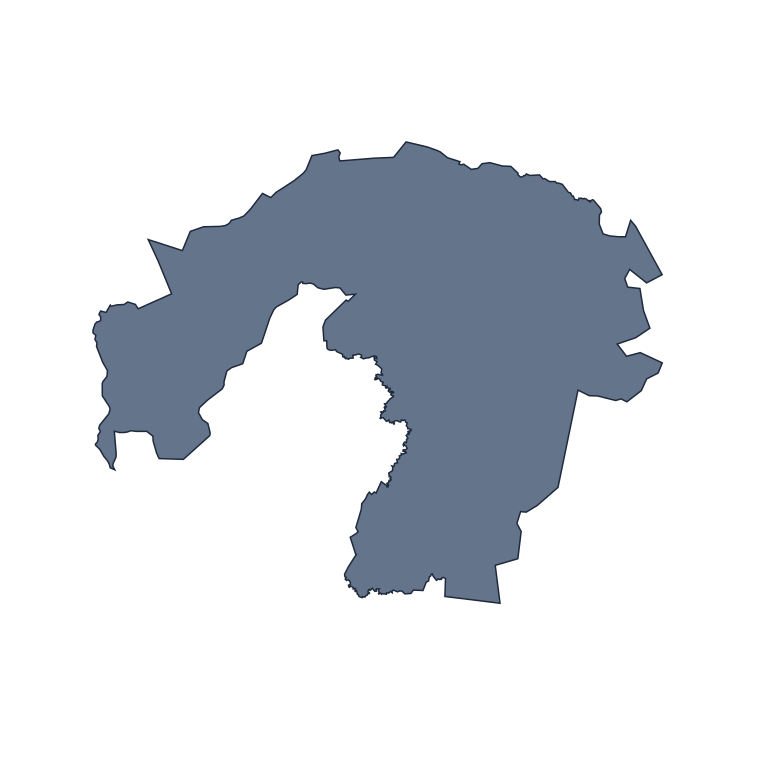 outline of Naukšēnu pag., Nauksenu, Latvia, rotated 78°
{"feature_id": "27541924B92408320132351", "entity_name": "Naukšēnu pag.", "entity_type": "district", "adm_level": 2, "iso_a3": "LVA", "parent_name": "Latvia", "parent_adm1": "Nauksenu", "projection": "mercator", "projection_center": [25.545, 57.88], "detail": "fine", "context": "isolated", "style": "filled", "palette": "slate", "viewbox_px": 768, "rotation_deg": 78, "n_neighbors": 0, "source": "geoboundaries", "source_scale": "gbopen_adm2", "svg_char_len": 6169}
<svg xmlns="http://www.w3.org/2000/svg" viewBox="0 0 768 768"><g transform="rotate(78 384 384)"><path d="M622.6,316.1L584.5,312.9L582.7,289.4L556.8,280.5L548.0,283.0L537.2,276.9L538.9,271.5L534.7,259.4L521.3,235.3L430.3,195.5L438.1,185.7L440.1,177.6L448.3,160.8L447.9,155.2L451.9,150.1L444.0,133.7L433.6,126.0L430.3,113.6L421.2,107.4L406.6,126.8L407.3,141.0L393.4,147.6L391.1,128.3L384.7,112.3L366.0,114.9L343.8,113.8L339.9,125.5L330.9,126.6L323.0,119.9L339.7,106.1L334.9,89.2L282.0,105.1L275.2,108.7L290.2,117.2L288.7,124.1L286.1,132.4L282.7,138.5L272.3,140.2L263.6,138.1L261.0,135.5L257.5,135.6L247.6,140.9L247.1,141.8L247.6,143.5L248.7,144.1L248.7,144.8L247.5,144.9L247.1,145.3L247.2,146.2L245.2,147.6L244.1,149.5L244.3,150.6L243.1,152.7L243.3,154.0L242.8,154.6L244.7,155.9L243.3,158.1L243.3,159.2L239.6,159.7L239.0,161.0L235.9,161.8L235.0,163.7L225.7,168.1L223.7,171.7L223.5,173.3L221.6,174.4L220.3,180.2L216.5,184.0L216.4,185.8L211.8,188.4L210.3,198.0L208.1,201.1L209.5,202.6L209.2,203.8L210.1,205.5L209.9,207.5L207.3,209.4L205.6,209.1L197.5,214.7L195.3,223.1L189.5,234.4L188.9,242.3L192.6,247.3L192.2,254.0L185.6,260.3L185.6,263.1L184.4,265.0L182.3,263.5L175.9,274.8L168.7,280.7L166.7,283.4L161.4,291.9L151.8,312.1L164.3,327.5L161.0,347.2L156.6,380.9L152.5,381.0L148.9,378.8L145.4,380.4L146.0,394.2L145.6,407.0L158.4,415.7L161.3,419.5L166.5,429.8L174.1,449.7L178.1,456.0L172.3,463.2L185.3,478.4L190.5,486.1L191.6,491.4L192.1,499.3L194.2,501.4L195.3,503.5L196.0,506.4L195.8,511.3L192.7,527.8L194.4,541.7L211.6,553.5L193.7,584.6L216.4,579.4L251.6,573.0L259.3,608.8L254.4,610.7L250.5,617.5L252.2,621.7L251.1,628.4L251.2,634.7L249.9,635.3L256.2,641.0L253.7,646.0L255.9,647.8L257.0,648.4L259.2,647.2L262.6,647.8L263.5,649.2L263.7,652.2L265.4,654.3L270.7,657.4L273.5,658.0L276.5,655.8L280.4,657.5L284.1,656.2L287.5,657.4L304.4,654.6L313.4,651.7L319.1,653.5L323.2,658.4L324.9,659.5L337.1,662.0L348.5,657.5L351.5,657.1L356.0,659.4L365.2,670.7L368.2,672.2L371.6,671.3L374.6,674.5L378.7,675.1L381.2,676.5L382.8,678.8L384.0,678.8L388.8,675.6L396.5,673.1L401.8,670.4L405.1,669.4L409.1,669.2L411.9,665.2L408.1,666.3L405.6,665.6L399.9,661.4L396.8,660.5L374.1,657.6L376.5,652.8L377.3,649.0L377.6,645.3L377.1,641.3L378.9,635.9L381.0,625.9L387.1,620.9L391.9,621.7L404.3,620.8L410.2,619.5L416.0,595.9L398.3,565.2L395.8,564.2L386.0,564.5L381.1,569.1L373.5,571.4L368.8,569.5L363.0,559.8L355.1,543.2L351.7,540.6L348.7,540.1L338.6,535.0L336.3,529.7L334.8,517.9L323.5,511.4L318.6,495.4L295.5,481.8L288.4,476.3L286.2,473.1L282.0,459.6L278.3,450.3L269.0,447.3L266.9,443.7L267.4,442.4L268.7,442.5L269.6,439.7L270.0,435.0L271.8,432.0L276.1,428.7L278.9,423.0L279.5,411.4L280.9,407.1L289.1,402.8L290.2,393.3L295.6,401.8L294.0,403.6L309.4,428.0L315.6,431.9L329.3,433.8L329.7,431.1L337.2,432.3L338.7,431.4L340.0,429.1L340.5,424.1L342.3,423.7L346.3,418.4L348.7,418.7L348.9,417.6L349.6,417.4L349.3,416.9L350.9,416.5L351.4,416.0L351.0,415.2L352.4,413.7L351.7,411.8L352.2,408.7L349.4,408.6L349.7,405.2L349.2,402.8L351.1,400.0L352.3,400.2L353.1,401.3L355.1,398.9L354.9,395.6L355.3,393.4L354.6,390.5L354.6,387.7L355.1,386.2L356.0,385.6L357.7,385.8L355.9,388.1L356.6,388.3L358.7,388.3L360.7,386.1L363.0,388.1L364.4,386.1L368.7,383.1L372.7,384.6L373.7,383.6L375.1,383.6L373.1,388.4L373.6,390.1L376.7,389.5L376.7,390.5L375.9,391.1L377.7,392.1L378.1,391.2L377.4,388.4L378.1,387.4L380.7,386.6L382.3,384.4L383.5,385.7L384.7,385.7L386.6,382.0L387.5,383.2L388.2,383.1L388.4,382.4L387.9,381.2L389.9,380.4L389.6,378.9L390.7,379.3L391.2,381.1L391.7,381.3L393.2,380.2L393.3,379.7L392.9,379.2L393.6,378.8L392.7,378.1L393.6,376.6L394.4,376.4L394.8,379.1L395.4,379.5L396.5,379.3L397.5,377.3L398.2,377.4L400.1,381.6L401.2,382.6L402.0,384.3L403.4,385.2L403.5,387.6L406.9,386.5L407.4,387.3L406.5,388.1L406.8,388.6L410.4,388.2L410.9,389.0L410.2,390.0L411.5,390.8L410.6,392.1L410.7,393.0L412.4,392.2L413.8,393.8L415.6,394.0L416.7,394.9L417.1,394.4L416.6,392.8L416.8,391.8L421.0,389.4L420.9,387.9L420.2,386.6L422.8,386.5L422.8,385.5L423.6,384.9L423.0,383.8L425.3,382.7L425.1,382.1L422.9,382.1L422.3,381.0L422.7,378.7L424.6,376.1L424.5,375.4L422.7,374.5L423.7,373.0L423.5,371.0L425.8,370.7L426.8,369.5L429.5,370.8L431.4,369.8L432.7,370.1L433.4,367.8L434.3,366.8L435.5,367.6L435.0,368.4L435.6,370.5L436.2,370.4L436.0,369.4L436.7,369.1L437.1,370.4L438.0,369.8L438.5,370.6L437.9,371.4L439.0,373.0L442.1,371.9L443.0,373.5L445.8,374.1L446.0,374.6L445.2,375.2L445.3,376.4L447.3,377.9L448.4,377.7L447.3,376.9L448.5,376.5L449.0,375.4L451.8,374.8L453.1,376.8L452.3,378.1L452.5,379.0L453.7,379.4L454.9,377.0L455.9,376.5L456.5,379.9L455.6,381.6L457.2,381.9L457.5,384.0L459.5,383.9L460.7,385.8L460.4,387.3L463.9,387.2L463.9,390.1L466.7,391.4L465.8,393.3L467.3,392.8L470.5,393.7L472.1,397.9L475.8,398.1L475.5,397.5L475.6,396.9L477.0,396.6L478.1,397.9L479.2,396.9L480.1,398.6L479.6,399.2L481.3,400.0L481.8,401.8L482.5,401.3L483.4,401.8L483.6,400.5L485.2,401.3L485.5,402.3L484.2,402.3L479.0,407.0L489.0,414.4L487.6,415.9L489.5,419.2L486.7,420.8L488.8,423.3L492.4,425.8L496.5,430.7L501.7,432.2L518.6,441.4L523.1,440.0L524.6,442.6L526.9,448.9L544.5,447.1L544.9,446.5L555.0,456.5L561.8,462.1L564.4,462.3L565.3,461.2L566.7,462.5L568.4,461.6L568.0,459.7L570.3,458.2L572.9,458.5L573.4,460.6L575.3,460.5L575.7,459.9L574.9,459.2L574.9,458.3L576.8,456.4L578.1,456.8L578.2,454.5L580.4,455.5L580.9,455.2L580.1,454.5L580.7,453.7L584.1,453.8L584.5,453.1L586.7,452.6L588.2,450.2L588.4,449.5L587.6,449.3L588.5,447.0L587.4,445.9L586.9,444.2L586.1,443.9L585.8,441.8L585.1,441.7L584.2,442.9L582.8,442.5L581.8,441.1L583.0,440.6L582.7,439.8L581.3,437.9L584.8,436.2L585.0,434.4L583.4,434.5L582.8,433.8L583.4,431.3L584.2,432.4L586.9,432.0L587.8,432.9L588.4,432.7L587.7,431.1L589.2,430.1L588.7,429.5L590.1,425.3L588.7,424.9L589.5,422.8L588.3,420.9L589.9,419.3L588.2,419.1L587.7,418.6L587.8,417.3L590.1,414.0L589.7,411.8L590.3,409.5L593.6,407.3L594.5,401.2L591.7,398.2L594.1,388.8L586.5,383.8L586.0,381.4L582.0,379.7L581.6,378.4L579.9,377.2L579.8,376.2L582.4,375.8L586.8,373.6L587.0,373.2L585.9,371.7L587.0,369.9L586.4,369.1L586.9,368.3L585.6,367.6L585.5,366.2L587.1,364.3L604.5,368.6L622.6,316.1Z" fill="#64748b" stroke="#1e293b" stroke-width="1.5"/></g></svg>